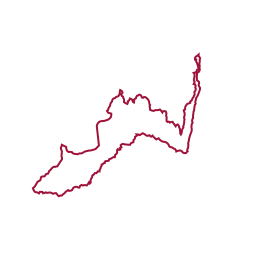 the district of Lavandeira, Tocantins, Brazil, rotated 293°
{"feature_id": "56859067B90038949596503", "entity_name": "Lavandeira", "entity_type": "district", "adm_level": 2, "iso_a3": "BRA", "parent_name": "Brazil", "parent_adm1": "Tocantins", "projection": "orthographic", "projection_center": [-46.372, -12.823], "detail": "fine", "context": "isolated", "style": "outline", "palette": "rose", "viewbox_px": 256, "rotation_deg": 293, "n_neighbors": 0, "source": "geoboundaries", "source_scale": "gbopen_adm2", "svg_char_len": 5177}
<svg xmlns="http://www.w3.org/2000/svg" viewBox="0 0 256 256"><g transform="rotate(293 128 128)"><path d="M39.9,93.5L41.2,93.9L42.4,94.6L43.5,95.2L44.7,95.5L46.0,96.2L47.5,97.2L47.1,98.3L48.0,99.9L49.1,100.8L51.0,100.9L52.4,101.6L53.3,102.6L53.9,103.9L53.7,105.3L54.2,106.6L55.7,106.4L57.4,107.4L57.4,108.9L58.3,109.9L58.7,111.0L59.0,112.5L60.7,113.0L62.8,113.3L61.9,114.5L63.2,115.0L64.8,114.2L66.2,113.8L67.5,114.0L68.8,114.2L70.3,113.7L71.7,114.7L73.4,115.0L74.1,116.5L75.2,116.9L76.2,117.1L76.9,118.8L78.5,118.2L79.9,118.5L81.3,118.2L82.7,118.5L84.1,118.0L84.8,118.9L86.0,119.3L86.7,120.3L87.7,119.9L88.8,120.3L89.5,121.9L90.5,123.1L92.1,122.9L93.0,124.2L94.4,125.1L95.4,125.8L96.0,127.3L97.9,126.7L99.7,127.4L100.9,127.7L102.0,127.2L103.3,126.6L104.6,126.9L104.3,128.4L105.3,129.4L106.5,128.4L107.6,129.5L108.4,128.6L109.4,128.0L110.6,128.6L111.5,129.9L111.6,131.2L112.8,135.0L113.4,136.5L115.0,136.6L115.8,137.2L117.0,138.5L119.2,137.8L120.1,138.3L121.6,138.4L122.7,137.9L124.8,139.4L125.5,138.4L126.1,140.2L126.0,141.6L127.8,142.8L128.9,143.6L128.8,145.8L128.2,147.6L128.5,149.3L129.7,150.4L129.3,151.4L129.1,152.8L130.6,153.6L129.7,155.1L129.1,156.9L128.5,158.4L130.5,160.2L129.3,162.6L129.0,164.4L129.3,166.4L129.7,167.9L129.5,169.8L128.6,171.8L127.3,173.0L126.9,174.4L127.4,176.3L126.9,178.0L127.1,179.2L126.2,180.9L125.2,181.6L126.8,183.2L127.7,184.8L127.7,186.2L126.9,188.2L126.8,189.3L127.5,191.1L128.8,191.5L129.8,192.0L130.6,191.2L131.9,190.9L133.2,191.1L134.7,190.5L136.0,190.3L136.9,189.5L138.9,189.1L140.8,188.8L142.7,188.3L145.5,188.0L146.9,187.9L148.4,187.9L149.5,187.8L151.1,187.5L152.4,186.8L153.7,186.0L155.1,185.5L156.8,185.2L158.2,185.4L159.3,184.3L161.2,183.8L162.4,184.1L164.0,183.3L165.0,183.0L167.2,182.4L168.7,181.9L170.0,182.0L172.8,181.1L173.9,180.8L175.4,180.5L176.8,180.8L177.8,180.0L179.0,179.6L180.7,179.4L181.9,179.0L183.6,179.3L184.8,179.4L186.1,179.5L191.3,179.2L193.0,178.7L194.3,177.0L195.2,176.2L197.3,175.9L198.3,175.1L198.9,172.7L200.8,172.0L202.0,171.2L203.5,170.9L205.1,170.3L206.4,170.4L207.3,171.2L209.6,171.4L211.0,170.4L213.0,169.8L214.6,168.8L215.7,168.4L217.5,168.0L218.8,167.3L220.3,167.2L221.1,166.3L221.9,164.8L223.2,164.3L221.3,163.4L220.1,162.5L218.5,162.3L217.2,162.9L217.7,164.0L215.7,164.8L214.7,166.3L213.4,167.3L212.4,168.2L210.8,169.3L209.5,169.9L208.5,168.8L206.9,168.9L205.6,168.5L204.4,166.9L203.6,168.3L201.3,169.0L199.8,169.5L198.3,169.7L197.2,170.3L196.6,171.3L195.4,171.4L194.1,171.3L194.3,172.8L193.1,173.9L191.7,174.0L190.6,175.1L188.8,175.5L187.2,175.0L185.7,175.8L184.6,176.3L183.5,176.1L182.4,176.3L180.9,175.8L179.5,175.9L178.1,175.8L176.7,174.9L175.5,175.5L174.5,174.5L173.5,173.2L171.8,172.7L170.2,172.4L168.7,172.8L167.4,173.3L166.2,172.4L164.9,173.2L164.0,174.2L163.0,174.7L161.3,175.3L159.6,175.4L157.9,176.7L156.7,176.9L155.5,177.4L154.2,177.7L152.6,178.1L151.0,178.2L150.1,178.8L148.7,178.5L147.3,178.5L146.0,178.8L144.5,179.3L142.7,179.2L143.5,178.1L144.7,177.7L145.8,177.0L146.8,176.5L147.7,175.9L148.6,174.8L149.7,174.2L150.7,172.4L149.6,171.4L148.2,171.2L148.9,170.0L149.6,169.0L150.2,167.7L151.1,166.7L150.4,165.2L149.3,164.3L149.8,163.0L149.1,162.1L149.3,160.9L150.3,160.5L151.4,159.9L153.0,159.4L154.0,158.4L155.4,158.0L156.9,157.4L158.0,156.3L157.8,155.0L157.0,153.6L155.7,153.6L156.8,151.8L157.5,150.1L156.4,149.0L155.7,147.5L155.1,146.1L153.7,144.9L153.4,143.2L153.4,141.2L155.0,140.4L156.6,139.3L157.8,139.4L158.5,138.3L160.1,137.4L161.4,136.2L162.3,134.9L162.7,133.6L163.2,132.2L162.9,130.7L161.7,130.1L161.5,128.8L162.5,128.1L163.2,126.8L163.2,125.4L162.1,124.7L161.2,123.7L159.8,123.5L158.4,123.7L157.3,122.8L156.1,122.4L155.3,123.2L153.8,123.5L154.0,122.2L155.0,121.5L155.9,120.3L155.9,118.2L153.9,118.3L152.4,117.4L151.4,118.0L149.9,118.0L149.9,116.3L150.2,114.3L151.5,113.8L152.8,113.1L153.8,112.0L154.9,111.2L155.1,109.8L156.1,108.6L157.4,109.0L158.6,109.1L159.6,107.8L159.9,106.0L158.4,106.2L156.9,106.8L155.5,106.9L154.3,106.9L153.1,106.4L152.1,105.0L150.5,104.4L149.6,103.2L148.0,102.6L146.2,102.9L144.5,102.4L142.7,102.4L141.6,102.8L140.2,102.6L138.5,102.3L136.9,102.6L135.5,102.0L134.3,103.8L134.6,105.7L134.7,107.0L133.2,107.6L131.6,108.0L129.9,107.5L128.1,106.6L126.8,105.1L125.8,104.1L125.0,102.8L124.1,101.1L123.2,99.8L122.0,98.9L120.6,98.4L118.9,98.3L117.6,98.5L100.5,108.1L95.9,106.3L93.2,103.1L91.7,100.5L89.6,97.6L86.5,95.2L85.6,93.2L84.2,91.9L83.6,90.0L83.2,88.2L83.2,86.8L83.9,85.9L83.5,84.3L82.7,82.5L83.1,81.1L83.9,80.1L85.0,79.2L86.4,78.5L86.7,73.7L85.0,74.0L83.5,73.9L81.8,75.1L80.7,76.3L79.1,76.8L76.9,77.5L75.6,78.1L74.6,79.0L73.6,79.4L71.9,79.2L70.3,78.8L68.9,78.6L67.4,78.3L66.1,78.1L65.0,77.9L64.4,76.7L63.6,76.0L63.4,74.9L62.5,74.3L60.9,73.5L59.2,73.1L57.8,72.3L56.4,72.3L54.9,72.3L54.1,71.3L53.2,70.4L51.8,70.4L50.7,69.8L50.2,68.6L49.2,67.3L47.4,67.4L45.9,67.7L44.8,67.2L44.1,66.4L42.9,65.7L41.8,65.6L40.3,65.4L38.8,65.2L37.6,65.0L36.6,64.6L35.5,64.0L34.5,64.8L33.4,66.2L32.8,67.4L33.0,68.8L33.3,70.2L33.0,71.6L34.7,71.8L35.3,73.0L35.7,74.4L34.7,75.3L35.7,76.7L36.7,77.5L36.6,78.7L37.2,79.8L38.1,81.1L38.4,83.0L38.1,84.7L39.3,85.9L39.9,87.3L39.2,88.8L38.5,89.8L38.2,91.0L39.4,92.0L39.9,93.5Z" fill="none" stroke="#9f1239" stroke-width="2"/></g></svg>